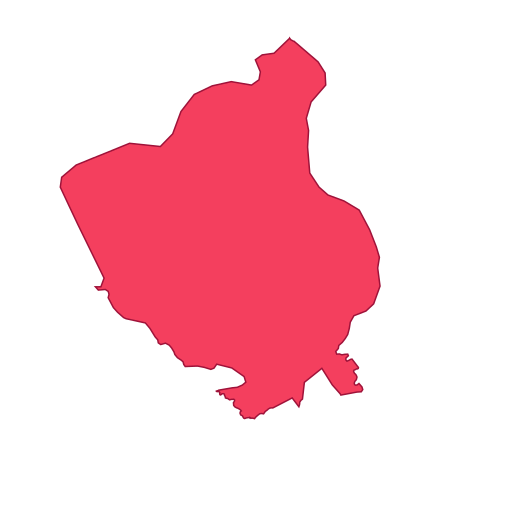 Gourma-Rharous, Timbuktu, Mali, rotated 239°
{"feature_id": "8926073B81360088660364", "entity_name": "Gourma-Rharous", "entity_type": "district", "adm_level": 2, "iso_a3": "MLI", "parent_name": "Mali", "parent_adm1": "Timbuktu", "projection": "natural_earth1", "projection_center": [-2.501, 16.02], "detail": "fine", "context": "isolated", "style": "filled", "palette": "rose", "viewbox_px": 512, "rotation_deg": 239, "n_neighbors": 0, "source": "geoboundaries", "source_scale": "gbopen_adm2", "svg_char_len": 2858}
<svg xmlns="http://www.w3.org/2000/svg" viewBox="0 0 512 512"><g transform="rotate(239 256 256)"><path d="M312.3,102.5L308.0,103.3L304.9,109.6L301.8,111.1L298.9,110.3L296.4,107.8L285.2,107.2L279.0,108.4L271.4,110.8L269.2,112.3L255.6,126.7L248.6,127.8L238.6,127.9L234.7,128.6L231.9,127.5L229.2,128.7L227.9,133.5L224.3,135.7L220.6,136.3L216.1,136.3L213.3,135.7L209.3,136.3L205.3,138.2L202.9,139.0L200.2,138.2L197.7,138.4L197.6,138.6L192.4,148.1L191.6,149.4L187.2,154.3L182.1,158.9L181.5,162.2L183.5,166.6L172.5,177.6L158.8,183.7L153.1,182.3L152.4,177.8L153.1,172.3L155.3,167.6L160.0,155.5L159.9,155.5L160.6,152.5L160.6,152.4L160.1,152.5L159.2,153.7L159.0,154.4L157.7,154.7L156.6,153.9L156.0,153.7L155.3,153.8L155.2,154.5L155.1,154.8L155.4,155.9L155.4,156.0L155.0,156.7L154.8,157.1L153.9,157.7L153.6,157.6L152.7,157.2L151.3,157.2L150.1,156.7L149.3,157.3L148.5,158.3L147.1,158.9L146.2,159.4L146.1,159.9L146.1,160.0L145.9,160.8L144.9,162.7L144.7,163.2L143.6,163.5L142.6,162.7L141.9,161.1L140.8,160.6L139.4,159.9L137.5,160.2L136.3,160.9L135.9,161.1L135.8,161.3L134.7,162.1L133.3,162.9L132.2,163.4L131.7,163.5L130.8,163.6L130.7,162.6L130.1,161.9L129.6,161.4L127.7,161.0L126.6,161.7L125.8,162.1L124.5,161.9L123.3,162.0L122.5,162.6L122.2,164.3L122.0,164.7L121.6,165.9L121.2,166.6L120.2,167.3L120.7,167.7L119.5,168.3L118.6,169.8L117.3,171.0L117.9,172.3L118.2,173.6L118.6,175.8L118.7,176.8L118.9,177.9L118.1,179.7L116.8,181.2L118.0,184.0L118.1,185.8L118.5,187.8L118.5,189.4L117.9,191.0L117.1,192.2L115.7,213.9L104.7,215.1L105.9,216.5L106.8,217.3L108.2,218.2L109.2,220.4L109.4,222.1L122.8,232.4L125.8,254.6L106.3,255.0L94.4,257.2L93.1,257.1L87.4,272.4L85.4,276.3L86.5,278.7L89.2,279.4L93.7,278.6L93.4,276.3L94.0,274.8L95.0,274.3L96.4,274.7L97.6,276.1L98.3,278.3L100.2,280.2L101.4,280.4L102.1,280.5L103.1,280.5L104.8,280.0L106.3,280.1L107.1,280.4L107.7,281.2L107.4,283.0L107.5,284.1L106.9,284.9L107.0,285.8L107.7,286.4L110.1,286.1L118.2,285.2L118.7,283.8L118.7,282.1L119.0,279.8L120.7,279.5L122.2,280.5L122.9,283.8L124.6,284.1L126.0,281.5L127.1,278.7L129.1,277.0L130.3,274.6L133.1,275.2L134.3,278.9L136.7,280.9L137.5,285.4L139.3,290.0L141.5,294.2L145.8,298.6L150.7,302.7L154.4,309.2L152.2,321.9L154.4,332.2L166.3,346.8L183.0,354.1L191.3,361.1L201.8,363.8L219.9,366.9L242.2,368.1L257.8,359.8L271.2,349.1L282.6,345.5L299.4,344.8L322.8,356.3L336.5,365.7L348.1,370.0L359.7,382.6L366.6,403.8L377.3,409.5L390.4,409.2L419.6,399.5L419.7,399.4L420.2,399.4L420.6,398.9L421.1,398.6L423.1,397.4L423.4,397.2L424.4,397.1L425.4,397.0L425.3,396.9L420.5,375.9L425.2,364.9L424.5,356.5L411.6,354.6L405.5,349.3L404.8,340.2L418.2,324.6L424.4,306.1L426.3,286.3L418.5,266.1L403.6,247.5L399.1,230.4L417.7,205.7L422.5,174.8L423.7,167.5L426.6,148.7L423.6,130.0L415.8,123.7L396.4,121.7L374.4,119.5L315.3,114.4L309.5,107.2L312.3,102.5Z" fill="#f43f5e" stroke="#9f1239" stroke-width="1.5"/></g></svg>